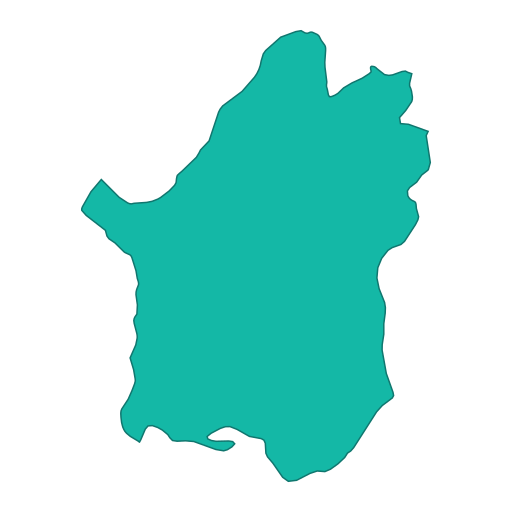 the Province of Paktika
{"feature_id": "AFG-1759", "entity_name": "Paktika", "entity_type": "Province", "adm_level": 1, "iso_a3": "AFG", "parent_name": "Afghanistan", "parent_adm1": "", "projection": "albers", "projection_center": [68.71, 32.511], "detail": "fine", "context": "isolated", "style": "filled", "palette": "teal", "viewbox_px": 512, "rotation_deg": 0, "n_neighbors": 0, "source": "natural_earth", "source_scale": "10m", "svg_char_len": 3053}
<svg xmlns="http://www.w3.org/2000/svg" viewBox="0 0 512 512"><path d="M392.8,397.0L392.4,397.9L382.3,405.5L376.6,411.8L353.7,447.6L350.7,451.0L347.5,453.1L344.7,457.5L338.1,463.7L330.5,469.2L324.9,471.6L317.2,471.0L310.0,473.4L296.6,480.3L288.3,481.3L282.7,477.3L272.9,463.2L267.5,456.8L265.9,453.2L265.3,443.2L263.9,440.1L261.2,438.6L249.4,436.4L237.1,429.4L230.0,426.6L225.3,426.7L220.3,428.4L211.2,433.2L207.1,436.5L207.8,438.9L211.4,440.5L216.0,441.3L228.7,441.0L232.7,441.6L234.7,443.8L231.9,446.9L227.4,449.7L223.7,450.8L215.9,449.5L193.8,441.5L185.5,440.8L177.1,441.2L172.5,440.5L169.9,437.8L167.8,434.6L162.4,430.1L157.8,427.5L152.4,425.6L148.1,425.9L145.3,429.1L140.8,439.7L139.5,442.1L139.4,442.1L138.0,441.0L130.2,436.3L126.5,433.2L124.9,431.3L123.8,429.4L122.8,427.1L122.2,424.9L121.6,422.4L121.0,417.4L120.8,413.6L120.9,412.1L121.1,410.7L121.9,408.8L128.2,399.2L132.0,390.6L134.6,383.8L135.2,381.5L135.3,380.7L135.2,378.9L133.6,369.6L130.1,357.9L135.8,344.9L137.2,338.0L137.2,335.9L136.9,333.7L134.2,323.4L133.8,320.5L134.2,318.5L134.9,317.0L136.9,314.1L137.4,304.9L136.0,294.7L136.1,292.0L136.7,289.4L138.5,284.8L138.6,283.2L138.2,281.2L137.3,278.5L136.0,270.7L131.9,257.6L131.1,256.0L130.4,255.2L129.7,254.7L125.3,252.7L124.2,252.0L115.0,242.9L109.0,238.8L107.0,236.1L105.4,230.3L86.2,215.4L81.8,210.4L81.7,209.2L81.9,208.2L82.5,206.7L91.0,191.7L101.3,179.5L119.1,197.3L127.6,202.9L129.7,203.7L131.3,203.9L134.0,203.3L146.7,202.4L152.2,201.3L157.8,199.1L160.6,197.5L169.1,191.0L174.6,185.3L176.1,182.6L176.5,178.7L177.0,176.3L177.4,175.3L179.4,173.4L182.0,171.2L196.4,157.3L199.0,153.0L200.5,150.0L209.1,140.9L218.6,112.2L220.2,109.1L222.7,105.9L242.1,91.4L254.5,77.2L256.9,73.6L258.9,69.5L260.3,65.4L261.2,60.9L263.3,53.9L265.7,50.5L280.2,37.6L280.6,37.2L295.8,31.6L301.1,30.7L305.0,32.9L307.1,33.3L308.7,32.9L310.2,32.2L311.4,32.1L312.5,32.3L317.1,34.4L318.2,35.2L319.1,36.2L321.3,40.5L324.6,45.0L325.3,46.4L325.6,48.1L325.6,50.6L324.8,62.3L325.0,67.3L326.8,81.9L326.7,83.3L326.5,84.5L326.5,86.6L327.3,89.3L328.4,94.9L329.4,96.6L330.0,96.7L330.7,96.7L332.0,96.4L335.1,95.1L338.0,93.3L343.6,87.9L352.0,82.9L362.2,78.2L369.2,73.7L371.0,72.0L371.1,71.3L371.0,70.6L370.8,69.8L370.6,68.8L370.6,67.3L371.0,66.6L371.6,66.3L372.9,66.4L374.3,66.7L375.1,67.1L376.0,67.7L376.5,68.3L378.2,69.7L384.5,74.6L388.8,75.4L392.6,74.9L402.1,71.5L405.4,71.1L406.8,71.8L407.7,72.3L411.8,73.7L409.6,83.2L409.6,86.0L409.9,86.6L410.7,88.5L411.5,91.1L412.4,96.9L412.3,99.5L411.7,101.6L405.7,110.5L399.5,117.6L400.5,123.6L408.5,124.3L428.1,131.4L426.2,135.6L430.3,162.5L428.3,169.7L427.1,170.8L421.7,175.0L416.6,182.2L409.6,187.5L407.4,190.9L407.8,195.7L408.9,197.7L410.4,199.3L412.2,200.5L414.0,201.3L415.4,202.3L416.0,204.2L416.4,208.6L418.6,216.7L417.9,219.8L415.4,224.7L404.5,241.4L400.9,244.5L392.2,247.6L388.0,250.3L381.7,258.3L377.8,267.7L376.9,278.0L379.1,288.7L384.6,302.5L385.4,307.7L385.2,313.1L383.8,323.7L383.8,334.2L382.2,344.7L382.1,350.1L386.3,373.5L393.0,392.3L393.6,395.6L392.8,397.0Z" fill="#14b8a6" stroke="#0f766e" stroke-width="1.5"/></svg>